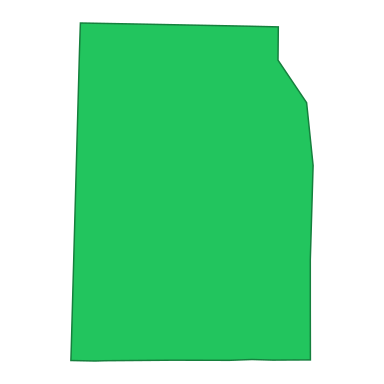 outline of Hardeman, Tennessee, United States of America
{"feature_id": "52423323B34509746924407", "entity_name": "Hardeman", "entity_type": "district", "adm_level": 2, "iso_a3": "USA", "parent_name": "United States of America", "parent_adm1": "Tennessee", "projection": "equal_earth", "projection_center": [-88.961, 35.213], "detail": "fine", "context": "isolated", "style": "filled", "palette": "green", "viewbox_px": 384, "rotation_deg": 0, "n_neighbors": 0, "source": "geoboundaries", "source_scale": "gbopen_adm2", "svg_char_len": 385}
<svg xmlns="http://www.w3.org/2000/svg" viewBox="0 0 384 384"><path d="M313.1,165.5L306.6,102.7L278.0,60.2L278.3,26.9L248.3,26.2L140.5,24.1L80.4,23.0L79.5,50.5L71.3,347.2L70.9,360.5L95.0,361.0L105.3,360.7L170.8,360.2L176.3,360.2L229.8,360.3L252.0,359.5L272.9,360.1L289.2,360.0L310.4,359.9L310.3,308.1L310.3,259.9L313.1,165.5Z" fill="#22c55e" stroke="#15803d" stroke-width="1.5"/></svg>